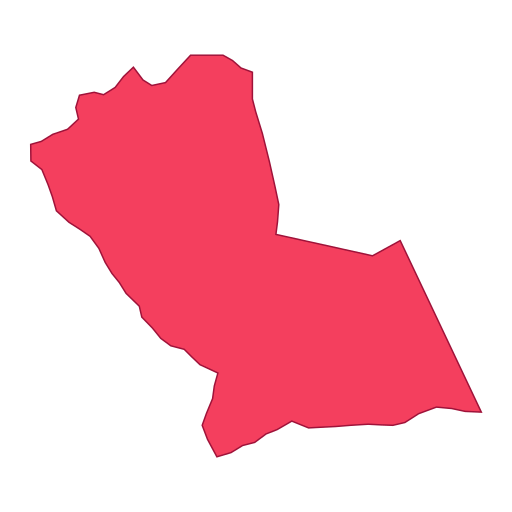 Capim, Paraíba, Brazil
{"feature_id": "56859067B86894416184163", "entity_name": "Capim", "entity_type": "district", "adm_level": 2, "iso_a3": "BRA", "parent_name": "Brazil", "parent_adm1": "Paraíba", "projection": "natural_earth1", "projection_center": [-35.178, -6.899], "detail": "fine", "context": "isolated", "style": "filled", "palette": "rose", "viewbox_px": 512, "rotation_deg": 0, "n_neighbors": 0, "source": "geoboundaries", "source_scale": "gbopen_adm2", "svg_char_len": 1057}
<svg xmlns="http://www.w3.org/2000/svg" viewBox="0 0 512 512"><path d="M252.4,72.2L241.0,68.0L232.6,60.6L223.0,55.2L207.5,55.2L190.6,55.2L178.1,68.7L165.5,82.6L151.8,85.5L143.0,80.0L133.4,67.2L123.6,76.5L115.2,87.4L103.6,94.7L94.2,92.3L79.5,95.2L75.8,107.5L78.5,119.1L67.5,129.3L52.8,134.3L41.3,141.4L30.7,144.4L30.9,161.0L41.9,169.6L48.1,184.7L52.4,196.8L56.4,210.8L69.1,222.4L79.5,229.0L90.1,236.3L98.9,248.4L105.2,262.4L112.0,273.5L119.3,282.5L126.1,293.4L139.3,306.2L141.8,317.1L152.4,328.0L160.8,338.4L170.8,345.8L184.2,349.3L191.6,356.7L200.0,364.7L217.9,373.0L214.3,386.0L212.6,398.6L206.5,413.3L202.2,425.3L207.5,439.3L216.9,456.8L231.0,452.6L242.6,445.5L254.7,442.4L266.1,433.9L277.1,429.6L291.8,421.1L308.6,427.9L321.6,427.2L335.7,426.5L350.4,425.3L368.2,424.2L381.5,424.9L392.9,425.3L404.9,422.5L418.6,413.7L436.4,407.1L451.7,408.5L465.2,411.4L481.3,412.1L400.2,240.6L372.5,255.8L275.9,234.4L277.5,221.9L278.8,204.6L275.1,187.1L269.4,161.7L262.4,133.6L255.7,111.8L252.4,99.0L252.4,72.2Z" fill="#f43f5e" stroke="#9f1239" stroke-width="1.5"/></svg>